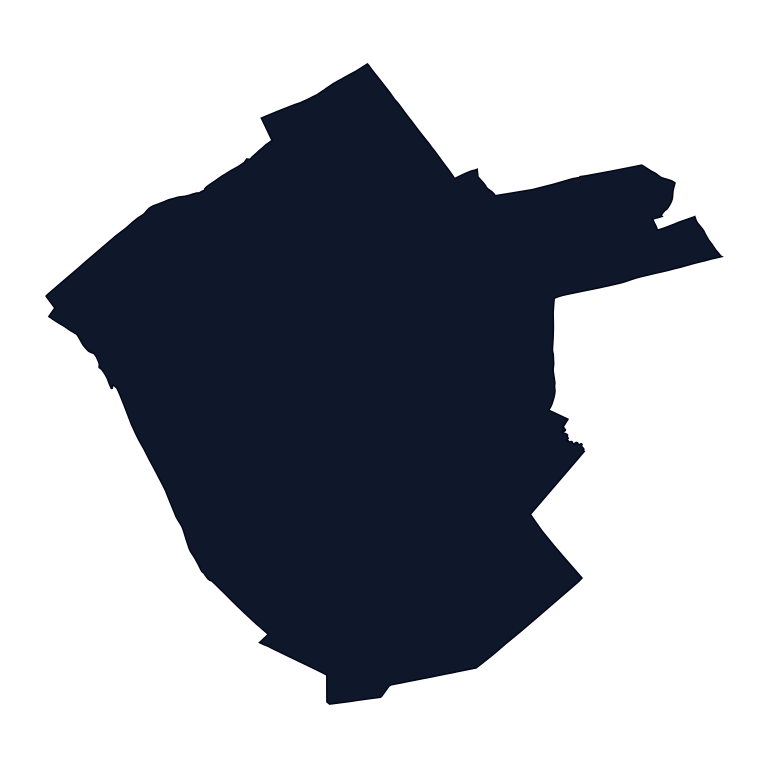 outline of Pochidia, Galati, Romania
{"feature_id": "2599482B31598853043791", "entity_name": "Pochidia", "entity_type": "district", "adm_level": 2, "iso_a3": "ROU", "parent_name": "Romania", "parent_adm1": "Galati", "projection": "natural_earth1", "projection_center": [27.58, 46.045], "detail": "fine", "context": "isolated", "style": "filled", "palette": "ink", "viewbox_px": 768, "rotation_deg": 0, "n_neighbors": 0, "source": "geoboundaries", "source_scale": "gbopen_adm2", "svg_char_len": 6057}
<svg xmlns="http://www.w3.org/2000/svg" viewBox="0 0 768 768"><path d="M477.2,169.2L476.3,169.6L474.8,170.2L473.1,170.5L471.6,170.9L469.6,171.6L464.3,173.9L459.0,176.4L454.8,178.5L454.0,177.6L450.9,173.1L448.1,169.2L444.6,164.6L441.4,160.3L437.5,154.9L434.1,150.3L431.5,147.1L428.8,143.3L426.0,139.9L419.5,131.7L415.7,126.7L412.2,122.0L407.1,115.5L404.2,111.6L402.5,109.2L398.0,103.2L394.7,99.5L389.8,92.6L387.7,89.8L385.2,86.7L381.3,81.6L374.5,73.1L371.4,69.1L368.8,65.4L367.4,63.9L365.2,65.3L355.9,71.2L350.8,73.9L344.2,77.5L342.1,78.8L337.9,81.0L334.8,82.8L333.3,83.6L328.0,87.2L326.8,88.0L323.6,90.3L321.6,91.6L317.1,94.7L311.9,97.2L309.8,98.4L306.1,100.1L300.1,102.8L294.7,104.6L289.3,106.7L281.2,109.9L275.7,112.1L271.6,113.8L266.0,116.1L261.3,118.1L263.7,123.0L266.1,128.0L267.6,131.2L269.4,135.0L272.1,140.4L270.4,141.6L268.0,143.3L265.9,144.7L262.6,147.8L259.3,150.5L256.3,153.3L252.9,156.3L252.0,157.1L250.9,158.5L250.2,159.2L249.4,159.3L248.5,159.2L247.4,159.1L246.8,158.9L245.2,161.1L244.4,162.3L244.0,162.8L243.3,163.0L242.1,164.0L238.6,166.3L234.2,168.8L231.9,170.0L228.4,172.1L225.2,174.2L222.2,175.9L220.5,177.1L216.8,179.7L214.9,181.1L211.8,183.1L208.8,185.2L207.0,186.5L205.8,187.6L205.0,188.5L204.6,189.2L204.5,189.8L204.3,190.5L203.8,190.6L202.8,190.9L201.7,191.4L200.4,192.2L199.1,193.0L198.6,192.9L196.6,193.0L192.8,194.0L190.9,194.7L189.0,195.3L184.8,196.3L182.0,196.6L178.3,197.1L176.1,197.7L174.3,198.3L171.9,198.9L169.9,199.4L168.3,199.9L166.7,200.6L163.4,202.0L160.8,203.0L158.1,204.1L155.1,205.1L153.1,205.9L151.0,207.0L149.4,208.1L147.4,210.0L145.1,212.7L144.2,213.7L142.4,215.1L138.0,217.9L133.2,221.7L125.8,228.3L115.9,235.8L102.6,247.2L84.5,262.7L78.5,268.0L69.4,275.8L50.5,292.0L46.2,295.8L46.1,296.3L54.8,308.0L48.8,316.5L54.2,320.2L59.8,323.7L63.8,326.0L69.4,329.9L71.5,331.2L76.5,334.1L77.8,335.8L83.0,344.9L84.2,346.5L88.2,350.9L90.5,352.3L93.2,353.2L94.3,353.9L96.3,356.8L98.0,360.5L99.1,363.5L99.3,365.1L99.0,366.9L99.1,367.5L101.6,369.3L104.3,373.1L107.1,378.0L109.1,383.4L111.2,388.3L111.8,388.5L112.2,388.3L112.5,387.3L112.6,385.9L112.8,385.4L113.0,385.2L113.4,385.3L114.2,385.7L117.1,388.5L119.4,393.6L121.0,397.6L124.1,405.3L131.3,424.2L136.1,434.6L138.8,440.0L144.0,449.2L145.4,452.0L150.1,461.2L152.6,465.7L156.5,473.1L158.0,476.0L162.7,485.0L165.2,490.0L170.3,502.7L174.9,513.8L175.8,516.2L177.5,519.4L178.5,521.0L180.1,523.5L181.7,526.2L182.9,529.0L184.4,533.7L186.1,539.4L187.8,544.5L189.2,548.7L190.5,551.5L193.5,556.1L195.3,559.0L198.3,564.5L200.5,569.0L201.8,571.4L202.8,572.4L203.8,573.0L205.3,575.4L207.9,578.8L209.9,580.4L211.6,580.8L216.0,585.0L225.6,594.4L233.6,602.5L244.1,612.6L256.5,624.1L268.3,634.3L259.5,642.6L261.6,643.6L264.5,644.9L267.7,646.1L273.1,648.9L290.9,657.5L317.7,670.4L326.8,675.0L326.8,688.5L326.9,701.9L329.6,704.1L333.0,703.7L350.8,701.4L359.0,700.1L380.6,697.2L381.9,696.0L388.9,686.2L391.0,684.9L406.6,681.8L436.5,675.9L476.2,667.9L483.5,662.2L493.2,654.5L505.6,643.8L511.6,638.9L521.9,630.4L537.1,617.4L548.1,607.9L571.9,587.4L578.7,581.5L582.0,578.0L562.4,555.5L553.6,545.2L542.2,531.2L535.1,521.2L530.4,514.3L577.7,459.1L581.3,454.8L584.0,451.7L584.3,451.3L583.6,450.8L583.3,450.4L583.2,450.0L583.7,449.7L583.9,449.4L583.9,449.1L583.3,448.2L582.1,447.0L581.8,446.4L581.6,445.9L581.5,445.3L581.9,444.9L582.1,444.7L581.9,444.3L581.7,444.0L581.1,443.7L580.6,443.8L580.2,444.1L579.9,444.5L579.4,444.7L578.8,444.5L578.4,444.2L578.0,443.8L577.8,443.2L577.6,442.8L576.4,442.4L576.1,442.5L575.7,442.7L575.1,443.0L574.8,443.5L574.6,443.9L574.5,444.1L574.3,444.3L573.8,444.2L573.5,444.0L573.0,443.4L572.2,441.9L571.7,441.5L570.7,441.6L570.5,441.8L570.2,442.1L569.8,442.2L569.5,442.1L569.1,441.8L568.9,441.5L568.5,441.2L568.1,440.6L567.8,440.6L567.7,440.9L567.3,440.7L567.1,440.4L567.1,440.0L567.4,439.3L568.2,438.4L568.0,438.0L567.9,437.4L566.8,436.3L566.8,436.1L567.1,436.0L567.4,435.7L567.6,435.3L567.4,434.8L566.7,434.2L566.1,433.9L565.6,433.7L564.9,433.3L563.8,433.0L562.8,432.8L562.5,432.7L562.4,432.6L562.2,432.2L562.4,431.7L562.5,431.6L562.7,431.3L562.8,431.0L562.9,430.7L563.2,430.8L563.8,431.3L564.1,431.3L564.3,431.2L564.5,430.8L564.6,430.5L565.1,430.7L565.3,430.5L565.4,430.1L565.4,429.8L563.9,427.7L563.6,427.6L562.8,427.8L562.7,427.7L568.0,419.2L559.9,415.4L548.7,410.2L550.5,407.2L552.0,403.9L552.9,401.1L553.5,399.0L553.9,397.8L554.7,393.9L554.9,392.3L555.0,390.9L554.7,387.8L554.6,385.5L554.9,383.7L554.9,382.8L554.5,379.8L554.0,376.6L553.6,373.8L553.2,371.2L553.2,369.0L553.4,366.9L553.7,364.5L553.7,362.9L553.5,359.5L553.4,356.8L553.3,354.5L552.8,352.3L552.5,350.3L552.5,349.0L552.7,345.0L553.1,338.7L553.2,335.0L553.4,329.0L553.4,325.2L553.3,319.2L553.2,314.8L553.2,312.3L553.7,305.3L553.8,303.4L554.1,300.2L554.3,298.4L555.9,297.6L558.6,296.6L562.6,295.4L566.1,294.6L572.8,293.2L585.4,290.6L599.3,287.8L613.3,284.7L621.1,282.9L625.1,281.7L631.5,279.5L635.9,278.1L641.3,276.6L647.0,275.3L649.5,274.7L653.6,273.7L667.2,270.6L674.4,268.7L681.1,267.1L691.8,264.0L692.9,263.8L694.1,263.4L706.6,260.3L711.3,259.0L721.9,256.6L720.7,255.9L717.9,252.4L715.8,250.0L713.1,246.0L712.3,244.7L708.8,240.2L705.0,233.5L703.5,230.4L702.3,228.8L699.9,225.8L698.6,224.3L697.4,222.8L696.3,220.7L695.2,217.9L694.8,216.5L694.0,216.9L693.2,217.2L678.9,222.2L674.1,224.2L667.1,226.9L663.0,228.4L657.4,230.2L657.2,229.2L656.1,226.3L654.6,223.4L652.7,219.3L655.8,218.2L658.6,217.5L662.2,216.4L661.1,215.1L663.4,212.2L664.7,210.7L666.6,209.3L667.8,207.9L669.7,204.9L671.3,201.8L672.2,199.2L672.6,196.8L672.7,194.6L673.1,190.4L674.0,186.8L675.0,182.9L673.0,181.6L671.7,180.8L669.5,180.1L666.8,179.2L664.5,178.6L661.4,177.6L658.3,175.5L656.5,174.0L654.4,172.7L651.4,171.2L644.4,166.7L642.0,165.2L641.8,165.1L628.2,167.8L611.4,171.1L585.4,175.9L580.1,176.6L579.2,177.5L572.2,178.8L553.6,184.2L532.4,189.6L495.4,195.7L495.1,195.5L494.0,193.8L491.6,191.4L490.9,191.1L488.9,189.5L488.3,189.4L487.3,188.1L486.8,188.2L486.1,186.9L485.7,186.0L484.8,184.7L483.8,183.4L482.7,182.1L479.7,178.8L478.0,176.9L477.9,176.7L477.8,175.1L477.2,169.2Z" fill="#0f172a" stroke="#020617" stroke-width="1.5"/></svg>